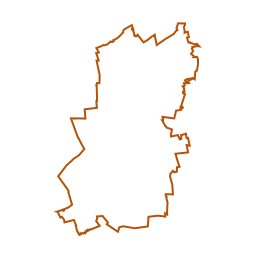 outline of West Rand, Gauteng, South Africa, rotated 351°
{"feature_id": "47623444B6623169143942", "entity_name": "West Rand", "entity_type": "district", "adm_level": 2, "iso_a3": "ZAF", "parent_name": "South Africa", "parent_adm1": "Gauteng", "projection": "orthographic", "projection_center": [27.638, -26.223], "detail": "fine", "context": "isolated", "style": "outline", "palette": "amber", "viewbox_px": 256, "rotation_deg": 351, "n_neighbors": 0, "source": "geoboundaries", "source_scale": "gbopen_adm2", "svg_char_len": 4798}
<svg xmlns="http://www.w3.org/2000/svg" viewBox="0 0 256 256"><g transform="rotate(351 128 128)"><path d="M88.1,102.8L87.4,112.0L77.3,110.2L77.3,110.4L75.5,110.0L73.2,109.6L75.7,122.9L76.9,128.7L78.1,132.0L79.3,135.7L79.6,136.6L80.6,139.4L81.3,141.3L81.5,142.0L76.7,146.1L75.0,147.4L70.6,149.4L69.8,149.7L66.6,152.0L61.3,155.4L60.4,156.3L51.5,164.8L59.3,180.4L59.3,182.2L59.1,182.3L59.2,182.9L59.3,183.7L60.3,191.6L60.8,194.9L56.8,197.2L54.7,197.6L53.8,197.9L50.5,198.5L51.7,199.7L51.6,199.8L49.6,198.7L44.9,199.5L45.4,199.7L47.2,205.9L48.8,205.3L50.5,208.6L50.5,211.3L60.2,210.4L61.5,216.1L61.2,216.2L61.6,221.7L63.1,225.9L63.5,225.7L63.8,225.6L64.2,225.4L64.3,225.4L64.4,225.5L64.3,225.8L64.5,225.8L64.6,225.3L64.7,225.5L64.9,225.5L65.0,225.5L65.1,225.4L64.9,225.3L65.2,225.3L65.3,225.2L65.6,224.9L65.8,224.9L66.2,224.9L66.4,224.8L66.4,224.7L66.9,224.6L67.0,224.7L67.1,224.8L67.1,225.0L67.4,225.2L67.5,225.0L67.7,224.9L67.8,224.8L68.0,224.9L68.2,224.7L68.3,224.6L68.5,224.6L68.4,224.8L68.6,225.0L68.8,225.0L69.0,224.9L69.1,224.7L69.3,224.6L69.4,224.4L69.4,224.5L69.5,224.5L69.6,224.9L69.8,224.7L70.0,224.6L69.9,224.3L70.0,224.3L70.3,224.2L70.5,223.9L70.5,223.6L70.4,223.4L70.5,223.4L70.6,223.5L70.9,223.5L70.8,223.2L71.0,223.0L71.0,223.3L71.4,223.2L72.1,223.2L72.3,223.2L72.2,222.9L72.2,222.7L72.2,222.4L72.3,222.4L72.5,222.3L73.1,222.5L73.6,222.5L73.9,222.5L74.4,222.3L74.6,222.1L74.8,222.4L75.1,222.4L75.1,222.5L76.0,222.3L84.7,220.3L82.0,214.9L82.5,214.2L83.5,212.1L83.5,211.7L83.5,210.5L89.2,211.0L89.8,212.2L90.9,214.1L91.1,214.3L93.4,218.2L91.9,219.7L101.3,228.5L101.9,228.9L103.4,225.7L103.8,224.7L108.0,224.3L109.3,224.8L119.0,228.1L132.2,228.3L134.4,218.9L143.9,219.3L150.9,221.3L151.3,218.1L153.1,219.6L153.3,217.7L154.7,210.9L155.4,207.9L154.9,202.7L155.4,202.2L154.9,200.9L154.7,200.4L154.7,199.9L154.8,199.3L162.0,200.6L162.9,191.0L161.9,182.8L162.7,179.9L165.7,177.3L166.7,179.0L169.4,178.8L170.2,174.4L172.8,174.4L171.5,166.1L170.9,160.9L183.5,161.5L183.3,154.0L186.2,155.1L185.7,147.4L185.7,147.2L184.3,147.1L184.3,143.2L184.3,142.9L184.2,142.7L184.0,142.9L179.4,143.3L178.9,147.2L177.4,147.3L176.1,142.8L169.2,143.2L169.3,141.4L171.2,136.3L166.1,133.6L165.9,132.7L165.4,132.2L165.5,132.1L165.2,131.8L162.9,125.9L163.2,126.0L163.8,125.9L164.0,125.1L164.2,123.5L163.7,123.3L163.8,122.4L175.2,125.8L178.2,118.4L183.3,118.4L183.0,116.7L183.6,116.9L184.0,117.0L184.9,117.0L185.0,116.7L185.3,116.4L185.2,116.2L185.1,115.8L185.0,115.5L184.4,115.1L184.1,115.1L183.8,114.9L183.7,114.8L183.9,114.7L188.7,105.2L189.0,104.8L189.4,103.8L189.2,103.7L189.4,103.0L187.9,102.5L187.9,102.2L188.0,101.7L187.9,101.4L187.9,101.0L188.1,101.0L188.4,100.7L188.6,100.6L188.8,100.7L189.1,100.8L189.3,100.8L189.4,100.7L189.5,100.7L189.6,100.4L189.6,100.1L189.6,99.9L189.6,99.7L189.6,99.4L189.5,99.1L189.4,98.8L189.6,98.4L189.5,98.2L189.3,98.0L189.3,97.9L189.4,97.7L189.5,97.7L189.4,97.2L189.5,97.1L189.4,96.9L189.1,96.2L188.6,95.4L190.5,95.1L190.6,94.9L190.6,94.6L190.7,93.9L190.5,93.5L190.5,93.4L190.4,92.8L190.3,92.7L190.1,92.5L190.2,92.4L194.8,93.2L195.2,93.1L191.7,90.1L192.1,89.5L194.9,88.8L195.6,90.8L195.8,90.7L195.7,90.6L196.4,90.2L196.4,89.6L196.2,89.7L195.9,89.1L196.1,89.0L197.3,89.1L197.6,90.0L197.9,89.9L197.7,89.6L198.3,89.0L198.7,89.4L199.8,88.8L200.3,89.6L201.1,89.2L201.6,90.0L203.3,82.8L205.1,82.1L207.4,75.0L207.4,74.9L207.8,70.4L207.2,68.5L206.4,68.6L204.0,68.3L204.7,67.8L201.9,64.6L204.4,62.2L204.2,61.8L203.9,60.7L203.5,59.6L203.9,59.3L204.4,59.0L204.5,58.9L204.1,58.6L204.2,58.1L204.4,58.2L209.3,57.9L211.1,58.5L209.2,55.6L207.2,55.9L202.7,53.6L202.6,53.0L201.1,53.1L200.4,48.0L202.3,47.7L202.1,42.3L200.0,42.5L198.8,42.8L199.0,41.9L199.2,40.4L199.0,38.9L199.0,38.6L199.0,37.9L199.1,37.3L199.3,36.5L199.9,35.8L200.4,35.2L200.5,34.7L200.6,34.2L200.7,33.6L200.1,33.6L197.6,33.2L196.6,33.0L195.9,32.8L195.2,32.7L193.7,32.6L193.2,33.7L192.7,34.7L191.5,37.4L192.2,39.1L190.5,39.7L187.9,42.3L179.3,45.8L169.4,50.5L169.0,43.0L169.0,40.0L168.6,40.2L167.5,41.2L166.4,41.1L160.9,44.2L156.7,45.9L152.4,38.0L152.3,37.7L152.1,37.4L152.0,37.5L151.9,37.6L151.9,37.8L151.6,37.9L151.5,38.1L151.4,38.1L151.3,38.3L151.0,38.4L151.0,38.5L150.7,38.6L150.3,38.8L150.0,38.7L149.5,38.4L149.4,38.4L149.2,38.4L149.4,38.3L149.4,38.2L149.2,38.2L148.7,37.7L148.6,37.4L149.0,37.1L149.0,36.4L148.3,32.8L147.4,31.1L147.5,31.0L147.5,30.8L148.6,31.4L147.9,27.1L147.2,27.2L139.8,30.0L138.5,31.1L138.3,32.7L133.2,36.6L130.1,38.2L127.2,39.0L127.5,40.0L126.4,40.5L124.5,40.4L124.3,39.9L120.2,42.4L117.4,42.6L116.9,42.2L114.1,43.1L109.3,44.1L111.0,48.9L108.3,49.0L109.6,56.8L107.5,56.5L108.3,71.1L106.8,79.2L104.4,78.8L103.8,80.7L103.4,80.7L103.4,81.3L103.7,81.3L103.7,81.8L103.5,82.4L103.4,83.2L102.9,87.7L101.6,96.5L101.0,96.5L100.7,99.2L100.4,103.2L88.1,102.8Z" fill="none" stroke="#b45309" stroke-width="2"/></g></svg>